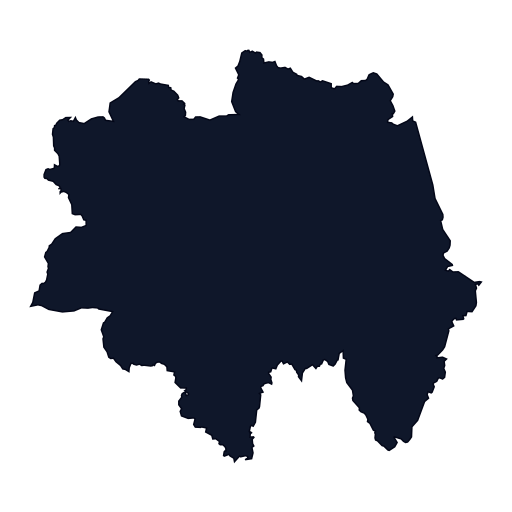 the district of Benito Juárez, Zacatecas, Mexico
{"feature_id": "50627088B40188913949986", "entity_name": "Benito Juárez", "entity_type": "district", "adm_level": 2, "iso_a3": "MEX", "parent_name": "Mexico", "parent_adm1": "Zacatecas", "projection": "mercator", "projection_center": [-103.583, 21.491], "detail": "fine", "context": "isolated", "style": "filled", "palette": "ink", "viewbox_px": 512, "rotation_deg": 0, "n_neighbors": 0, "source": "geoboundaries", "source_scale": "gbopen_adm2", "svg_char_len": 5951}
<svg xmlns="http://www.w3.org/2000/svg" viewBox="0 0 512 512"><path d="M59.7,120.2L56.7,123.3L55.9,125.2L54.6,125.6L54.4,127.6L53.1,128.7L52.5,134.3L53.4,137.1L53.7,145.9L54.6,147.9L54.6,150.3L57.9,153.6L59.2,156.1L59.8,164.4L59.4,165.7L57.7,166.5L54.5,164.8L54.4,167.7L53.6,168.5L49.8,169.5L48.1,168.8L46.0,169.6L44.1,174.5L44.1,177.1L44.9,178.3L47.0,178.6L48.4,180.1L53.2,181.3L56.2,184.6L59.1,185.7L60.5,188.2L58.3,188.8L60.7,188.4L61.3,190.4L60.2,191.6L60.2,193.0L61.0,192.1L63.8,191.4L66.3,192.4L68.9,194.5L68.5,197.6L71.8,204.6L72.3,213.6L75.1,214.7L80.8,214.4L82.1,215.8L83.8,219.8L86.1,220.3L86.2,225.5L81.4,227.4L76.0,227.0L70.6,232.5L62.5,233.6L55.3,238.7L51.7,244.2L49.3,245.8L49.2,247.4L47.1,251.5L45.8,252.5L44.6,256.9L48.4,263.4L48.0,266.7L48.5,268.3L47.1,272.1L47.8,274.1L46.6,280.0L45.4,282.3L43.7,283.5L42.0,283.4L40.1,285.1L39.1,290.9L34.7,292.9L32.8,302.4L30.7,306.3L37.9,304.8L41.7,305.6L48.8,309.4L62.4,311.9L74.0,310.9L81.4,307.8L88.0,308.1L92.4,307.5L97.6,307.9L98.8,309.0L112.7,311.6L110.2,315.8L107.3,317.8L104.6,322.4L103.5,322.9L101.3,329.8L103.8,336.8L103.0,338.8L103.9,347.2L107.1,351.8L108.8,357.2L110.7,358.5L113.5,358.2L116.0,361.7L120.6,365.5L122.8,368.9L125.3,369.4L128.9,371.6L129.2,367.7L130.9,363.4L133.4,363.3L133.5,364.1L136.5,365.0L139.5,364.1L141.7,365.5L144.1,365.2L150.8,366.0L152.7,365.6L153.1,364.6L154.5,365.4L155.4,363.3L157.4,362.1L159.8,362.0L161.5,363.4L164.4,364.3L166.9,366.8L167.2,370.6L174.6,371.9L173.9,375.0L175.2,375.9L175.9,377.6L175.1,382.5L180.6,387.9L186.3,388.0L186.2,389.7L184.7,390.8L188.4,393.4L188.5,394.6L187.0,395.5L186.3,395.5L185.3,392.7L183.9,392.6L182.2,393.7L181.5,395.5L181.8,397.2L178.8,401.1L178.8,404.8L181.6,408.7L180.2,411.4L181.5,415.9L188.2,418.4L193.7,417.9L195.1,418.9L193.7,424.5L195.3,427.1L200.6,427.4L201.5,426.9L206.6,428.0L205.7,432.0L211.8,435.3L212.8,439.0L215.8,438.7L219.5,441.5L219.0,443.7L220.2,444.7L222.8,444.7L224.9,446.6L225.9,448.4L225.9,451.0L224.8,451.0L224.2,451.8L223.6,455.6L224.4,456.1L229.0,454.3L230.0,455.9L233.8,458.2L234.5,461.7L239.5,456.1L240.6,456.8L245.4,455.7L246.9,456.1L248.0,457.1L247.5,458.2L245.1,459.7L251.6,458.7L253.0,452.9L251.9,447.4L253.8,446.0L252.6,443.7L252.2,439.3L253.9,437.4L253.5,436.9L249.9,437.1L250.3,433.7L251.5,432.8L250.6,432.0L249.8,432.5L249.3,431.4L250.3,426.7L251.2,425.3L253.2,426.2L255.4,422.2L256.7,410.0L259.0,408.1L259.5,406.6L260.7,394.9L259.4,393.4L263.0,392.1L260.7,387.8L260.9,386.4L262.9,385.7L264.1,383.8L266.9,382.9L268.8,382.7L271.6,384.1L271.9,382.9L270.8,379.5L271.1,377.1L268.6,373.5L268.6,372.3L270.7,371.8L271.8,368.4L272.5,368.0L275.8,368.8L277.3,365.1L280.9,361.1L282.2,361.1L283.5,363.8L287.4,361.9L289.7,364.3L291.8,364.1L295.0,369.6L296.4,370.3L296.7,372.2L298.7,375.0L298.5,376.7L301.5,380.7L302.4,373.0L305.4,368.3L306.6,368.5L312.5,364.7L315.9,368.5L317.3,366.3L319.4,366.2L320.2,364.2L321.6,363.9L323.3,360.0L324.8,359.5L327.7,361.5L328.9,364.4L333.2,366.0L335.1,364.1L337.2,360.1L338.0,359.9L339.2,353.4L343.1,350.6L343.4,358.1L346.2,359.3L345.0,370.2L345.6,377.8L346.8,382.6L352.5,390.2L353.4,396.0L352.5,398.1L352.9,400.5L359.4,407.8L359.2,410.0L360.9,411.7L364.4,413.2L366.0,415.2L367.9,419.3L367.5,421.6L369.9,423.3L373.4,430.2L375.5,431.2L374.8,432.8L375.4,434.2L375.0,437.9L375.6,440.0L377.5,440.8L382.1,445.6L383.9,446.1L387.9,450.0L389.2,450.4L394.7,446.8L397.1,442.5L394.1,437.5L394.3,436.8L401.2,438.9L403.5,441.3L405.6,442.5L407.6,442.0L409.8,439.4L411.5,436.9L411.9,426.8L417.6,420.4L424.6,401.5L428.5,398.2L427.1,394.6L428.1,391.7L431.2,392.9L432.1,392.2L434.2,386.8L433.1,384.0L433.4,383.1L436.7,381.3L438.3,378.1L439.7,377.8L442.6,379.0L444.6,377.3L445.3,372.1L443.7,368.4L444.7,365.5L444.1,361.3L446.5,359.0L442.5,357.2L437.1,357.9L437.2,357.0L436.0,355.5L437.6,355.1L442.6,349.9L444.6,346.8L448.8,330.9L448.4,328.8L453.7,325.9L451.7,321.5L453.1,319.7L454.5,318.5L456.0,318.3L456.5,319.9L463.1,319.3L463.7,318.8L462.8,315.7L465.9,315.6L467.1,311.4L472.0,311.7L475.9,305.8L476.4,302.5L475.3,290.8L476.5,288.1L475.4,284.5L477.7,283.7L478.8,285.2L481.3,282.0L479.6,281.6L474.2,282.4L458.4,271.8L452.9,272.0L449.7,269.6L448.3,271.2L445.4,270.2L447.6,266.5L452.4,265.4L452.2,264.5L444.6,258.6L442.9,255.2L443.6,252.9L447.1,251.1L449.2,247.9L450.0,245.2L450.2,240.8L442.7,229.5L440.6,220.6L442.3,219.8L443.0,217.2L442.8,214.4L435.0,198.5L432.8,185.0L415.6,122.2L412.7,121.0L412.4,117.0L407.2,121.2L397.4,125.8L393.2,124.2L391.7,122.9L387.6,122.3L387.9,119.6L392.6,116.5L392.2,113.6L393.3,113.7L394.8,111.1L392.9,105.7L390.2,100.7L392.7,96.7L393.2,94.1L388.0,84.9L383.5,82.0L376.8,74.0L373.3,72.8L370.2,74.2L369.0,74.9L367.2,79.2L365.6,80.5L361.3,80.7L358.2,83.5L353.5,83.6L352.3,82.5L347.7,85.1L341.7,86.6L336.6,86.4L334.8,88.7L332.9,88.4L331.2,87.6L331.2,83.7L322.5,80.8L320.2,82.1L318.6,80.9L316.5,80.9L309.1,77.3L304.4,79.1L301.5,76.5L297.0,75.4L296.7,74.3L292.9,72.3L290.3,68.2L288.0,69.1L285.0,67.4L280.7,68.1L278.1,67.7L276.5,65.7L274.9,61.5L272.6,62.4L268.8,61.9L263.9,63.0L263.5,59.1L261.8,57.7L261.9,55.0L260.0,52.6L256.5,52.1L255.4,53.1L252.3,51.2L249.7,52.4L248.9,50.4L248.0,50.3L246.8,51.1L245.2,50.7L241.8,53.0L239.8,61.4L238.0,66.0L235.5,68.1L238.8,74.8L237.5,78.1L238.4,78.9L238.4,80.0L236.0,84.0L233.1,92.4L231.7,101.6L235.6,111.6L239.1,114.5L228.5,114.8L226.6,116.1L219.1,116.1L209.9,120.1L200.2,116.9L195.6,117.0L193.8,119.3L189.0,119.4L184.0,116.8L185.4,115.3L185.6,112.2L184.1,108.6L184.9,105.1L183.7,104.3L184.6,103.4L182.0,100.9L178.3,100.9L177.2,99.4L178.7,97.9L177.7,95.2L173.8,91.2L171.1,90.1L170.7,87.7L168.6,87.5L168.3,85.4L160.4,84.0L158.5,83.1L155.8,83.9L151.1,81.9L148.9,83.4L148.7,81.5L149.3,80.1L148.6,79.3L139.3,79.0L138.2,80.4L135.4,81.7L119.0,97.7L110.2,103.0L109.0,111.8L113.5,121.4L105.5,120.3L104.4,118.0L103.0,116.9L98.1,117.0L91.4,118.9L84.2,123.6L78.9,122.6L76.3,119.9L75.4,117.6L73.4,121.3L70.8,120.8L68.8,121.4L67.8,120.2L70.4,117.5L65.8,117.6L62.7,119.7L59.7,120.2Z" fill="#0f172a" stroke="#020617" stroke-width="1.5"/></svg>